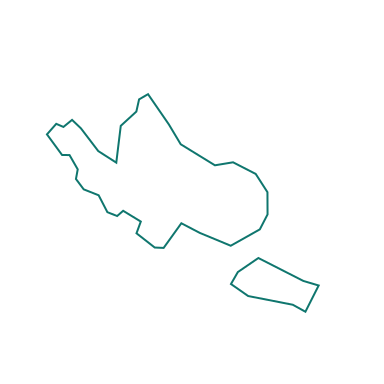 St. John, United States Virgin Islands, United States of America, rotated 207°
{"feature_id": "52423323B18524543454126", "entity_name": "St. John", "entity_type": "district", "adm_level": 2, "iso_a3": "USA", "parent_name": "United States of America", "parent_adm1": "United States Virgin Islands", "projection": "albers", "projection_center": [-64.742, 18.336], "detail": "fine", "context": "isolated", "style": "outline", "palette": "teal", "viewbox_px": 384, "rotation_deg": 207, "n_neighbors": 0, "source": "geoboundaries", "source_scale": "gbopen_adm2", "svg_char_len": 713}
<svg xmlns="http://www.w3.org/2000/svg" viewBox="0 0 384 384"><g transform="rotate(207 192 192)"><path d="M114.6,189.5L114.5,206.3L124.7,226.1L143.4,237.0L168.9,237.1L183.7,226.2L223.7,229.4L243.3,241.7L275.6,259.2L281.2,250.5L278.1,238.4L285.5,218.6L279.2,201.3L272.8,183.8L294.1,185.9L319.9,198.3L331.6,201.8L336.1,191.6L343.9,191.1L347.4,177.5L324.6,166.0L317.9,169.3L304.1,160.3L301.3,150.9L289.7,145.2L273.7,146.7L258.2,135.6L247.8,136.6L244.8,144.0L224.2,142.4L222.7,130.0L200.0,125.6L191.9,129.3L187.3,159.3L166.3,159.1L133.1,161.7L114.6,189.5ZM36.7,166.2L52.4,163.3L102.9,163.3L114.8,141.5L115.5,127.7L94.7,124.8L51.0,137.3L36.6,136.8L36.7,166.2Z" fill="none" stroke="#0f766e" stroke-width="2"/></g></svg>